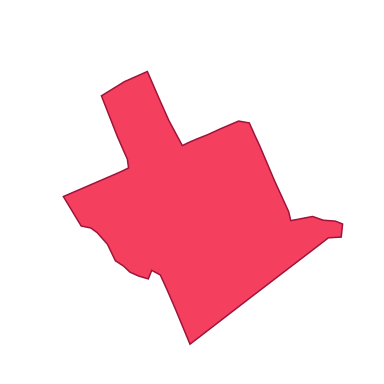 Campo Bom, Rio Grande do Sul, Brazil, rotated 329°
{"feature_id": "56859067B26450975803868", "entity_name": "Campo Bom", "entity_type": "district", "adm_level": 2, "iso_a3": "BRA", "parent_name": "Brazil", "parent_adm1": "Rio Grande do Sul", "projection": "mercator", "projection_center": [-51.046, -29.666], "detail": "fine", "context": "isolated", "style": "filled", "palette": "rose", "viewbox_px": 384, "rotation_deg": 329, "n_neighbors": 0, "source": "geoboundaries", "source_scale": "gbopen_adm2", "svg_char_len": 734}
<svg xmlns="http://www.w3.org/2000/svg" viewBox="0 0 384 384"><g transform="rotate(329 192 192)"><path d="M304.6,297.0L299.9,290.8L289.9,283.7L282.8,275.1L261.9,267.4L264.7,258.8L268.5,225.1L271.5,203.9L273.9,186.6L275.1,175.4L276.7,162.3L268.5,155.2L249.9,152.6L234.0,150.8L225.8,149.4L216.9,148.1L207.6,147.2L209.0,118.6L211.9,95.1L215.8,65.7L191.0,62.6L163.9,62.9L156.7,105.5L154.6,121.5L153.5,130.6L150.0,138.7L140.3,137.8L79.4,129.6L79.5,164.1L86.6,170.6L89.8,178.0L92.6,193.2L91.9,201.0L90.9,211.5L95.2,220.3L97.6,228.9L103.0,236.6L109.8,244.0L117.1,238.4L122.1,246.8L120.3,262.8L117.5,283.7L111.9,321.4L188.5,312.5L276.3,302.6L285.3,301.5L296.7,307.5L304.6,297.0Z" fill="#f43f5e" stroke="#9f1239" stroke-width="1.5"/></g></svg>